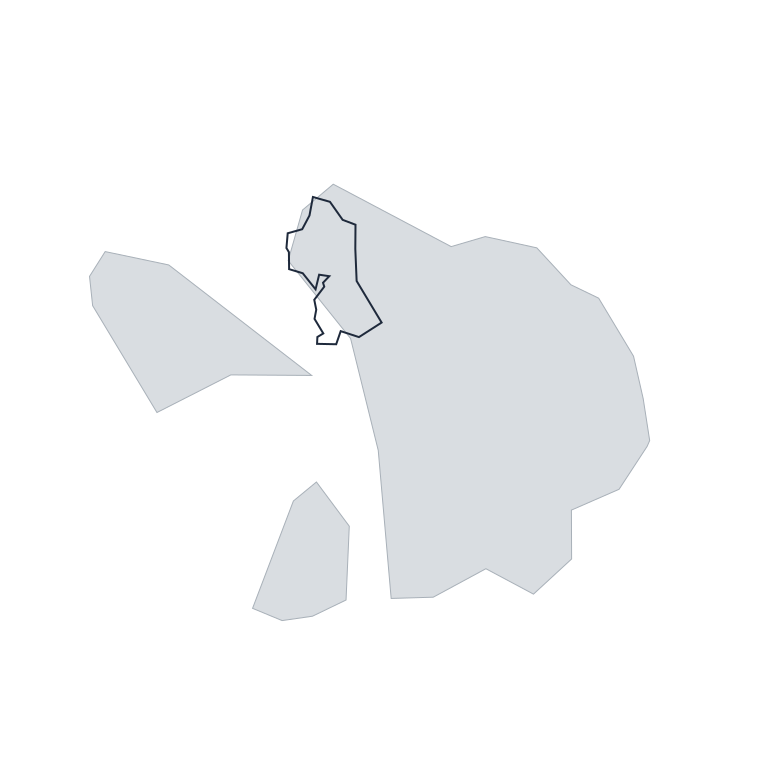 location of Tuen Mun within Hong Kong S.A.R., rotated 59°
{"feature_id": "HKG-5166", "entity_name": "Tuen Mun", "entity_type": "state/province", "adm_level": 1, "iso_a3": "HKG", "parent_name": "Hong Kong S.A.R.", "parent_adm1": "", "projection": "natural_earth1", "projection_center": [113.971, 22.389], "detail": "fine", "context": "in_parent", "style": "outline", "palette": "slate", "viewbox_px": 768, "rotation_deg": 59, "n_neighbors": 0, "source": "natural_earth", "source_scale": "10m", "svg_char_len": 1045}
<svg xmlns="http://www.w3.org/2000/svg" viewBox="0 0 768 768"><g transform="rotate(59 384 384)"><path d="M309.8,221.3L312.8,218.1L346.0,182.9L395.2,172.7L421.0,155.8L488.7,155.8L530.1,169.4L569.3,185.4L573.0,190.6L595.3,236.7L588.6,288.3L630.6,313.3L641.1,364.1L594.8,391.8L592.1,451.6L571.5,488.3L437.9,423.1L327.8,389.2L228.9,402.6L192.9,364.2L186.6,324.6L300.8,255.7L309.8,221.3ZM291.5,593.3L166.8,593.4L140.1,581.0L126.9,554.8L171.1,507.2L339.4,441.6L297.3,510.6L291.5,593.3ZM534.3,593.2L508.6,612.2L437.6,521.9L433.2,492.4L488.0,487.0L549.6,527.8L546.2,564.9L534.3,593.2Z" fill="#d9dde1" stroke="#a8b0b8" stroke-width="1"/><path d="M315.1,420.7L309.4,416.9L309.4,410.0L292.4,410.0L285.4,403.8L275.9,400.4L269.8,385.1L265.8,384.1L263.4,375.4L256.9,383.3L267.6,393.9L247.2,396.6L236.7,406.2L222.0,397.6L217.2,397.6L205.2,388.9L209.2,374.4L201.2,361.1L187.1,348.6L200.0,336.5L222.0,334.9L232.8,326.4L253.4,339.0L281.6,354.4L330.1,354.4L330.9,381.3L316.4,393.9L325.3,404.5L315.1,420.7Z" fill="none" stroke="#1e293b" stroke-width="2"/></g></svg>